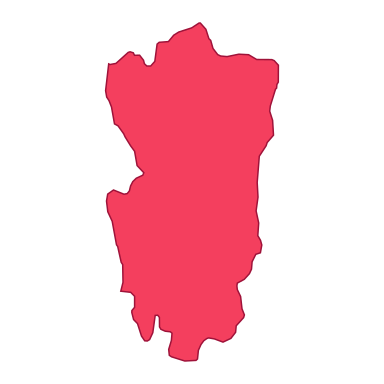 the district of San Antonio Suchitepéquez, Suchitepéquez, Guatemala
{"feature_id": "79465075B26922695910316", "entity_name": "San Antonio Suchitepéquez", "entity_type": "district", "adm_level": 2, "iso_a3": "GTM", "parent_name": "Guatemala", "parent_adm1": "Suchitepéquez", "projection": "robinson", "projection_center": [-91.412, 14.514], "detail": "fine", "context": "isolated", "style": "filled", "palette": "rose", "viewbox_px": 384, "rotation_deg": 0, "n_neighbors": 0, "source": "geoboundaries", "source_scale": "gbopen_adm2", "svg_char_len": 1711}
<svg xmlns="http://www.w3.org/2000/svg" viewBox="0 0 384 384"><path d="M199.1,23.0L191.6,27.9L178.8,32.0L173.7,35.2L168.4,41.6L159.2,42.3L157.1,44.1L154.8,61.4L150.7,66.0L146.8,66.0L144.4,63.7L143.5,60.2L139.6,55.2L134.5,55.3L133.3,52.8L130.1,51.8L128.2,52.4L116.0,63.4L110.1,64.5L108.7,63.9L105.6,90.7L106.7,97.1L109.0,100.6L111.5,107.0L114.5,123.9L118.0,125.8L123.7,133.8L125.1,136.9L130.6,145.8L134.6,151.3L137.1,165.6L143.8,172.7L142.8,175.2L136.3,178.2L132.8,181.6L130.6,185.9L130.0,188.3L129.4,190.9L127.2,193.6L124.0,194.2L113.5,190.0L107.7,194.1L106.5,201.0L107.8,211.8L112.2,221.3L116.5,244.8L117.7,246.5L121.2,262.3L122.7,264.6L123.0,282.3L120.8,291.2L130.7,292.3L134.6,296.3L134.6,307.3L131.9,310.5L131.8,312.5L133.6,319.6L137.5,323.6L141.5,336.1L144.7,340.8L147.3,341.0L149.6,339.6L152.8,332.7L155.2,315.4L157.7,315.2L159.4,317.4L159.5,326.9L160.9,329.3L165.2,331.2L170.4,331.8L172.0,333.2L171.4,340.4L168.7,349.4L169.3,355.3L171.5,356.8L184.8,361.0L196.0,360.4L197.5,359.0L198.4,350.3L201.0,344.5L203.8,340.7L205.5,339.5L206.9,338.5L208.6,337.9L214.4,338.9L223.0,342.1L230.9,338.4L235.6,332.3L236.2,325.8L243.6,317.6L244.4,314.9L242.0,308.8L240.6,296.5L237.3,289.6L236.9,285.9L237.3,283.1L244.3,279.3L249.4,273.7L251.5,269.2L252.1,261.8L255.8,254.3L260.4,252.8L261.8,245.0L260.5,240.3L257.8,235.7L258.7,223.0L256.1,210.9L258.0,197.1L257.2,182.5L259.3,156.2L266.1,145.8L267.2,142.5L273.5,135.2L272.6,120.3L269.7,111.2L270.3,106.0L275.5,89.2L276.6,88.1L276.9,84.5L278.3,82.1L278.4,65.2L274.2,60.6L271.8,59.6L256.7,59.5L248.6,54.7L238.8,54.2L227.1,56.6L220.6,56.0L217.7,54.6L213.0,48.5L210.7,40.4L208.9,38.7L205.9,29.3L200.3,23.0L199.1,23.0Z" fill="#f43f5e" stroke="#9f1239" stroke-width="1.5"/></svg>